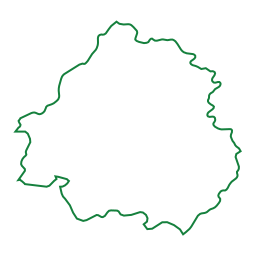 map outline of Dordogne (Robinson projection)
{"feature_id": "FRA-5286", "entity_name": "Dordogne", "entity_type": "Metropolitan department", "adm_level": 1, "iso_a3": "FRA", "parent_name": "France", "parent_adm1": "", "projection": "robinson", "projection_center": [0.813, 45.142], "detail": "fine", "context": "isolated", "style": "outline", "palette": "green", "viewbox_px": 256, "rotation_deg": 0, "n_neighbors": 0, "source": "natural_earth", "source_scale": "10m", "svg_char_len": 3408}
<svg xmlns="http://www.w3.org/2000/svg" viewBox="0 0 256 256"><path d="M18.3,180.1L24.9,170.8L24.9,169.1L21.9,165.8L21.1,164.1L21.4,161.5L22.4,159.2L23.8,157.3L25.5,155.8L26.3,154.7L25.8,152.0L26.2,150.5L30.3,142.2L30.0,138.8L27.8,133.7L25.2,131.6L15.4,131.6L18.5,127.6L19.6,126.9L20.3,125.8L20.5,124.7L19.4,122.9L18.8,121.6L18.6,120.9L20.5,118.3L20.5,118.2L31.5,113.0L33.0,112.6L34.3,112.5L35.6,112.8L38.1,113.9L39.3,114.2L40.6,114.0L42.0,113.4L43.4,112.4L44.6,111.0L45.9,107.9L46.1,107.1L46.6,106.5L47.5,105.7L51.6,104.3L53.7,103.3L56.5,101.1L58.2,99.4L59.1,97.2L59.2,95.7L58.7,90.7L58.8,88.2L59.2,85.8L61.2,78.7L62.1,76.5L63.0,75.3L64.1,74.2L79.4,64.6L82.5,63.6L83.8,63.9L84.7,63.9L86.0,62.9L87.7,61.0L92.1,54.0L95.8,49.8L96.7,48.2L97.6,45.6L97.9,44.0L98.0,42.4L97.9,38.3L98.1,37.0L98.6,35.9L99.6,35.0L101.3,34.5L102.8,34.7L104.3,34.4L105.8,33.4L108.8,29.1L111.2,26.0L116.5,21.7L119.4,23.8L123.6,24.5L128.2,24.2L129.8,24.4L131.3,25.1L133.5,27.1L136.8,30.8L137.2,32.2L137.1,33.4L135.4,38.4L135.3,39.6L136.6,40.9L139.0,41.9L144.0,43.1L146.6,42.8L148.3,42.1L149.9,39.7L150.9,38.8L152.0,38.6L153.6,39.8L154.9,40.6L156.9,40.7L161.6,39.5L162.9,39.4L166.9,40.1L168.0,40.1L170.8,39.6L172.6,39.6L173.9,40.2L175.4,41.3L177.4,43.9L181.0,49.6L182.1,50.9L183.7,52.2L186.7,53.3L193.0,54.1L194.3,54.7L195.2,55.6L195.3,57.2L194.6,58.4L193.3,59.5L191.3,60.9L191.0,61.2L190.5,61.9L190.3,62.9L191.0,64.1L192.5,65.1L195.7,66.0L197.8,66.9L201.3,69.0L205.8,68.2L209.7,70.9L210.5,71.4L212.3,71.2L213.4,71.4L214.6,72.1L215.1,73.3L214.6,75.0L213.8,76.3L212.8,77.6L212.2,78.8L212.0,80.1L212.4,81.3L213.7,82.5L215.1,82.7L216.5,82.4L217.9,82.0L219.3,82.0L220.2,82.7L220.6,83.9L220.1,85.6L219.0,86.8L215.1,89.1L212.8,92.0L210.5,93.4L209.6,94.4L209.1,95.5L209.0,97.8L208.6,99.0L208.0,100.1L208.0,101.4L208.7,102.7L210.8,104.4L212.8,105.5L213.9,106.6L213.6,108.1L212.5,109.3L208.6,112.2L207.8,113.2L207.4,114.3L207.4,115.4L207.9,116.3L209.5,116.9L212.5,116.6L213.8,116.8L214.8,117.7L215.2,119.3L215.1,120.6L214.5,121.8L213.7,122.9L213.3,124.0L213.7,125.3L215.0,126.7L217.9,128.4L219.9,129.1L221.6,129.4L230.2,129.1L231.3,129.4L232.0,130.3L231.9,132.3L231.3,133.7L230.9,135.1L230.8,136.5L231.4,138.2L232.5,140.8L234.2,143.0L235.2,145.1L236.3,146.4L239.0,148.4L240.6,151.2L236.3,154.0L235.6,157.0L238.9,166.6L238.8,168.8L238.1,170.4L237.0,171.7L237.0,173.0L237.5,174.8L237.5,176.0L236.9,177.4L235.9,178.5L231.7,181.7L230.6,183.0L229.3,184.8L227.7,188.0L226.4,189.7L225.0,190.5L223.7,190.4L222.2,190.6L220.7,191.4L218.9,193.8L218.3,195.4L218.6,196.8L219.4,197.7L220.2,198.9L220.1,200.9L219.0,202.8L216.7,205.7L215.0,207.3L213.2,208.3L210.4,209.3L209.2,210.1L207.0,212.0L205.8,212.6L204.4,213.0L201.6,213.4L200.1,213.9L197.9,215.7L191.3,226.6L189.6,228.8L185.8,232.2L183.1,234.3L180.0,229.4L174.0,225.1L167.2,222.2L162.2,222.3L152.2,228.7L147.3,229.1L143.7,224.3L147.0,221.6L147.5,218.2L146.0,214.9L142.9,212.5L140.1,212.1L131.3,214.9L123.9,215.6L120.6,214.4L118.6,211.4L117.1,210.6L111.0,210.4L109.0,210.8L107.4,212.4L104.9,215.9L102.8,217.1L101.4,217.0L98.2,215.2L96.6,215.0L86.6,220.1L83.2,220.9L76.9,218.6L73.1,212.7L69.9,205.3L65.1,198.8L63.0,196.5L61.7,193.6L60.1,186.7L62.5,186.6L65.0,185.4L67.3,183.4L68.9,181.0L67.9,180.2L67.1,179.3L66.3,179.0L58.2,176.8L55.5,176.4L56.5,179.0L54.1,180.9L49.4,185.7L46.6,186.7L24.9,184.1L24.5,183.5L21.8,181.1L21.2,180.8L20.3,179.8L18.3,180.1Z" fill="none" stroke="#15803d" stroke-width="2"/></svg>